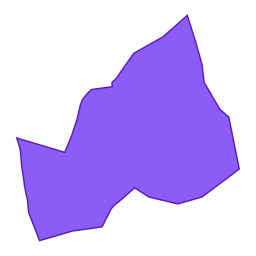 Airag, Dornogovi, Mongolia
{"feature_id": "93677404B77823966409702", "entity_name": "Airag", "entity_type": "district", "adm_level": 2, "iso_a3": "MNG", "parent_name": "Mongolia", "parent_adm1": "Dornogovi", "projection": "orthographic", "projection_center": [109.177, 45.635], "detail": "fine", "context": "isolated", "style": "filled", "palette": "violet", "viewbox_px": 256, "rotation_deg": 0, "n_neighbors": 0, "source": "geoboundaries", "source_scale": "gbopen_adm2", "svg_char_len": 628}
<svg xmlns="http://www.w3.org/2000/svg" viewBox="0 0 256 256"><path d="M228.8,117.1L220.0,109.5L204.1,82.4L202.0,64.5L195.5,41.4L187.3,15.4L163.0,36.8L133.7,53.4L116.2,78.5L112.0,82.4L112.2,86.7L91.8,89.5L88.9,91.8L82.5,99.4L80.3,105.2L77.2,118.8L71.7,135.6L64.7,152.4L16.8,138.0L20.3,149.4L21.8,167.2L22.5,171.5L23.0,174.8L23.3,176.8L23.9,180.8L24.2,183.8L26.3,195.2L27.5,199.9L28.6,212.4L39.6,240.6L72.4,231.0L102.1,226.8L110.9,209.3L113.9,205.6L121.6,199.3L129.7,192.2L134.6,187.8L148.9,197.0L177.8,203.9L201.9,197.0L226.4,178.8L239.2,169.0L238.2,163.8L228.8,117.1Z" fill="#8b5cf6" stroke="#5b21b6" stroke-width="1.5"/></svg>